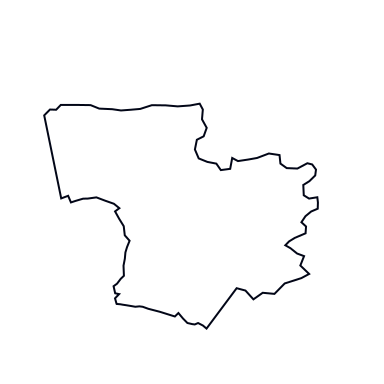 Morfou, Cyprus, rotated 337°
{"feature_id": "46923920B39754802683787", "entity_name": "Morfou", "entity_type": "district", "adm_level": 2, "iso_a3": "CYP", "parent_name": "Cyprus", "parent_adm1": "", "projection": "orthographic", "projection_center": [32.978, 35.222], "detail": "fine", "context": "isolated", "style": "outline", "palette": "ink", "viewbox_px": 384, "rotation_deg": 337, "n_neighbors": 0, "source": "geoboundaries", "source_scale": "gbopen_adm2", "svg_char_len": 1498}
<svg xmlns="http://www.w3.org/2000/svg" viewBox="0 0 384 384"><g transform="rotate(337 192 192)"><path d="M270.1,294.8L264.7,289.7L260.6,282.1L257.1,277.5L262.1,275.4L268.7,274.4L280.4,274.4L283.5,268.3L280.9,262.6L287.0,258.6L294.1,256.5L301.2,256.5L303.8,250.9L305.3,245.8L297.2,243.8L293.6,238.7L297.2,229.0L304.3,227.9L311.9,224.9L314.9,219.8L313.4,213.6L309.4,210.6L298.2,211.6L288.5,207.0L284.5,200.4L287.0,192.2L277.8,186.6L265.2,186.1L256.5,184.1L246.4,181.5L242.3,176.4L236.2,185.6L227.1,183.1L225.5,175.4L217.9,170.3L211.3,163.7L211.3,154.0L216.9,145.8L224.5,145.3L230.6,138.7L229.6,129.0L234.2,120.3L233.6,113.7L224.0,111.6L212.3,107.6L201.7,102.0L189.0,96.4L176.8,95.3L167.6,92.3L158.5,89.2L150.9,84.6L139.2,79.0L132.6,72.4L119.9,66.8L105.2,60.6L99.1,63.2L93.5,60.6L85.9,63.7L69.1,146.8L76.5,147.1L76.5,154.3L81.4,154.7L89.2,155.6L93.4,157.3L101.9,159.6L108.7,166.1L115.5,172.3L118.8,178.5L113.6,179.8L114.5,188.3L115.8,196.8L113.2,205.6L115.5,212.5L110.6,217.4L107.1,221.6L104.1,227.2L100.2,233.0L96.6,242.5L92.4,244.1L87.2,247.1L83.0,248.1L81.7,255.2L85.0,257.5L79.6,259.8L78.9,265.2L78.9,265.6L82.1,267.3L84.4,268.8L86.7,270.2L90.5,272.6L95.0,275.5L98.9,276.7L101.8,278.4L106.1,282.4L115.6,289.7L127.6,299.9L132.2,298.1L134.3,305.0L136.6,310.8L140.6,313.7L142.8,315.0L146.4,315.0L149.9,319.2L152.0,323.4L195.5,298.0L202.7,303.6L206.6,314.8L217.7,312.4L228.1,318.0L241.6,312.4L259.0,314.0L267.8,313.2L263.0,302.0L270.1,294.8Z" fill="none" stroke="#020617" stroke-width="2"/></g></svg>